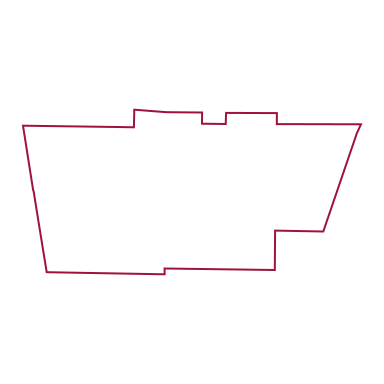 the district of Polk, Georgia, United States of America
{"feature_id": "52423323B20564023732309", "entity_name": "Polk", "entity_type": "district", "adm_level": 2, "iso_a3": "USA", "parent_name": "United States of America", "parent_adm1": "Georgia", "projection": "orthographic", "projection_center": [-85.188, 34.0], "detail": "fine", "context": "isolated", "style": "outline", "palette": "rose", "viewbox_px": 384, "rotation_deg": 0, "n_neighbors": 0, "source": "geoboundaries", "source_scale": "gbopen_adm2", "svg_char_len": 409}
<svg xmlns="http://www.w3.org/2000/svg" viewBox="0 0 384 384"><path d="M274.8,270.0L275.1,230.6L323.3,231.5L356.9,133.1L361.0,124.3L276.8,124.1L276.9,113.1L226.1,112.9L225.7,124.0L202.0,123.7L202.1,112.5L166.5,112.2L134.3,109.7L133.9,127.3L116.8,127.0L23.0,125.7L24.1,132.7L33.1,189.9L33.7,191.7L38.4,221.1L46.7,272.2L164.6,274.3L164.6,268.5L274.8,270.0Z" fill="none" stroke="#9f1239" stroke-width="2"/></svg>